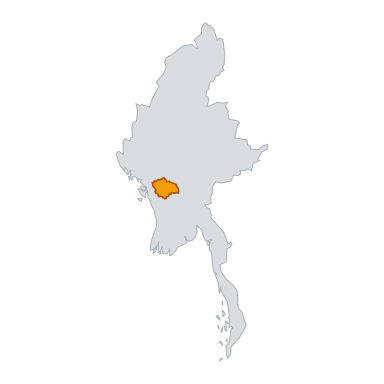 Thayet, Magway, Myanmar shown in context
{"feature_id": "60261553B17186200244276", "entity_name": "Thayet", "entity_type": "district", "adm_level": 2, "iso_a3": "MMR", "parent_name": "Myanmar", "parent_adm1": "Magway", "projection": "orthographic", "projection_center": [95.047, 19.416], "detail": "fine", "context": "in_parent", "style": "filled", "palette": "amber", "viewbox_px": 384, "rotation_deg": 0, "n_neighbors": 0, "source": "geoboundaries", "source_scale": "gbopen_adm2", "svg_char_len": 7614}
<svg xmlns="http://www.w3.org/2000/svg" viewBox="0 0 384 384"><path d="M251.4,170.7L247.4,168.9L244.5,170.7L240.1,170.2L240.6,174.0L238.1,175.4L233.6,175.1L231.1,181.1L221.8,182.9L215.6,181.9L212.3,187.2L212.2,193.2L210.6,196.9L211.3,203.1L207.4,204.8L204.9,204.5L206.3,207.4L209.5,208.6L211.4,215.0L210.9,217.5L223.8,232.3L227.9,244.0L230.9,242.3L231.9,243.5L230.7,246.6L226.8,249.1L226.4,261.5L220.0,264.6L220.3,268.7L221.1,271.7L226.9,279.8L233.4,285.3L237.1,291.3L237.9,300.0L237.1,303.7L238.9,308.9L242.2,312.3L246.2,326.1L238.8,338.5L231.2,346.6L230.3,355.1L227.8,358.0L226.6,355.4L225.9,346.5L229.6,340.8L230.7,329.9L233.0,327.5L231.7,326.5L228.8,327.3L229.7,318.4L228.0,318.1L229.4,316.2L227.3,301.5L221.3,291.3L220.5,286.8L219.7,292.9L219.0,291.7L218.7,283.6L215.2,274.7L215.5,273.9L217.1,274.7L215.6,272.7L214.5,273.2L213.4,271.0L211.4,252.5L209.2,249.9L209.9,242.0L211.5,239.9L205.4,240.8L202.5,234.1L202.2,230.4L196.1,225.0L197.1,226.7L196.1,228.6L197.2,231.7L194.7,237.5L192.3,240.2L188.9,241.3L186.3,239.7L185.7,236.6L184.7,236.6L187.1,242.5L177.3,247.5L175.8,251.0L170.7,255.7L169.2,255.1L170.0,248.8L167.0,253.8L162.9,253.9L162.0,247.3L160.4,251.1L158.0,252.4L158.7,241.3L158.1,244.5L154.1,248.9L150.3,250.3L151.2,241.2L156.3,226.8L156.8,222.0L154.1,210.5L149.6,200.8L150.9,200.7L147.9,197.9L147.5,190.7L145.7,193.3L145.5,197.7L141.6,195.4L138.0,189.1L139.5,188.6L143.7,191.6L146.1,189.9L146.7,187.9L140.1,181.7L141.8,179.3L139.6,179.3L134.0,176.3L132.4,176.8L133.1,179.4L131.9,180.2L129.7,176.2L131.4,174.3L130.0,174.2L130.9,170.7L130.4,170.1L127.7,174.7L126.2,173.6L127.9,171.3L127.2,170.0L124.8,167.2L125.0,172.1L119.3,164.3L116.1,153.8L118.7,151.2L123.2,154.3L123.0,141.4L124.9,138.7L129.6,141.0L130.9,137.8L132.8,136.9L131.7,128.1L133.2,122.4L136.3,121.4L137.0,116.8L137.5,110.6L136.1,103.6L138.9,105.3L142.0,104.7L149.4,107.1L152.2,99.1L159.1,85.9L156.6,82.9L157.0,81.0L163.1,74.1L166.1,67.9L164.8,62.4L166.1,57.8L171.5,55.0L183.3,45.8L192.0,44.4L195.7,48.0L198.1,48.3L194.3,39.8L201.6,33.4L201.3,28.3L204.6,23.0L206.6,23.2L208.4,25.8L210.3,25.7L213.8,29.5L217.3,40.1L219.7,38.2L222.9,39.6L224.8,55.4L224.2,64.6L222.3,66.8L223.9,70.5L220.8,71.9L218.7,75.6L215.6,76.0L213.6,81.1L210.4,81.8L208.8,85.8L209.2,88.8L206.7,90.6L205.9,95.7L208.2,97.7L209.0,100.4L206.7,106.2L208.7,106.4L217.4,102.4L223.6,103.1L227.7,102.0L225.2,106.0L227.9,111.1L228.6,118.9L238.0,120.9L239.5,122.9L237.5,125.4L234.7,138.2L246.9,139.6L247.5,144.5L250.2,146.2L250.6,149.0L252.3,149.8L258.9,149.4L262.6,145.9L267.6,144.3L267.9,147.1L266.9,149.2L261.5,152.2L258.0,158.2L257.8,159.5L259.6,160.6L253.3,163.1L251.4,170.7ZM141.9,185.7L145.8,188.1L145.0,189.9L142.5,190.0L140.6,186.9L141.9,185.7ZM222.8,310.4L225.4,314.0L222.9,316.6L222.8,310.4ZM141.3,201.6L139.2,200.3L137.8,198.3L142.3,198.3L141.3,201.6ZM226.7,326.1L226.9,330.9L225.2,330.4L224.1,326.4L226.7,326.1ZM156.3,250.3L153.6,253.4L153.2,250.7L156.9,246.9L156.3,250.3ZM209.0,245.7L207.3,244.8L207.1,241.9L208.3,241.1L209.4,242.5L209.0,245.7ZM221.4,332.1L221.0,330.5L222.7,326.6L222.5,330.0L221.4,332.1ZM220.5,341.1L222.8,344.7L222.5,345.4L220.3,342.6L219.0,342.8L220.5,341.1ZM228.2,323.3L225.8,324.4L225.6,321.1L228.2,323.3ZM222.9,357.8L219.9,361.0L220.2,359.2L222.9,357.8ZM129.0,176.7L130.0,180.7L128.2,176.0L129.0,176.7ZM222.7,302.8L222.7,305.7L221.8,300.9L222.7,302.8ZM138.1,179.6L138.4,182.1L136.7,178.5L138.1,179.6ZM219.8,320.0L218.0,318.5L218.6,317.4L219.5,317.7L219.8,320.0ZM218.5,315.7L217.4,317.7L216.2,316.5L217.1,315.6L218.5,315.7ZM218.9,327.5L218.9,329.3L217.6,325.3L218.9,327.5ZM160.5,253.9L159.2,253.8L160.9,251.8L161.1,252.6L160.5,253.9ZM227.2,341.3L226.1,341.0L226.9,339.1L227.2,341.3Z" fill="#d9dde1" stroke="#a8b0b8" stroke-width="1"/><path d="M177.6,187.6L177.4,187.5L177.3,187.4L177.2,187.3L177.0,187.2L176.9,187.0L176.6,186.5L176.5,186.4L176.7,186.2L176.5,185.9L176.3,185.7L176.6,185.4L176.4,185.2L176.5,185.1L176.4,184.7L176.2,184.5L175.8,184.4L175.7,184.3L175.6,184.2L175.4,184.2L175.4,184.3L175.2,184.1L175.2,183.9L174.6,183.8L174.4,183.5L174.4,183.3L174.3,183.5L174.0,183.6L173.8,183.4L173.7,183.4L173.6,183.5L173.3,183.3L173.2,183.4L172.8,183.4L172.7,183.5L172.0,183.0L171.6,182.7L171.0,182.3L170.5,182.1L169.6,182.0L169.3,181.8L169.2,181.2L168.8,181.3L168.4,181.5L167.5,181.7L167.1,181.8L166.7,181.7L166.7,181.4L166.5,180.6L166.2,180.2L166.1,179.9L165.6,179.6L165.4,179.5L164.8,179.5L164.7,179.4L164.6,179.1L164.9,178.6L164.9,178.4L164.6,178.1L164.3,178.0L164.1,177.9L163.8,177.9L163.8,178.0L163.6,178.1L163.4,178.0L163.2,178.2L162.9,178.0L162.6,178.1L162.4,178.4L162.2,178.6L162.0,178.8L161.9,178.8L161.8,178.7L161.6,178.9L161.4,179.0L161.5,179.1L161.1,179.2L161.1,179.4L161.0,179.6L160.9,179.9L160.6,179.9L160.6,179.7L160.3,179.6L160.1,179.5L159.8,179.8L159.4,179.9L159.2,179.9L158.8,180.0L158.7,179.9L158.4,179.6L158.1,179.5L157.8,179.7L157.9,179.9L157.8,180.0L157.5,180.1L157.2,180.4L157.0,180.5L156.9,180.8L156.6,181.0L156.5,180.9L156.4,181.1L156.1,180.9L155.8,180.8L155.7,180.9L155.6,180.7L155.5,180.8L155.3,180.8L155.2,180.8L155.2,181.0L154.8,181.1L154.7,181.2L154.4,181.1L154.1,181.3L154.1,181.5L154.3,181.9L153.9,181.9L153.8,182.1L153.7,182.2L153.7,182.3L153.4,182.5L152.9,182.6L152.8,182.8L152.8,183.0L152.5,182.9L152.3,182.8L152.3,183.0L152.5,183.5L152.6,183.8L152.5,184.1L152.6,184.3L152.6,184.5L152.8,184.7L152.7,185.0L152.8,185.3L152.7,185.4L152.7,185.5L152.7,185.8L153.0,186.1L153.2,186.3L153.2,186.5L153.4,186.7L153.5,186.8L153.7,187.0L153.9,187.0L154.2,187.2L154.2,187.4L154.2,187.6L154.4,188.0L154.6,188.1L154.8,188.3L154.8,188.5L155.1,188.6L155.3,188.8L155.3,189.0L155.5,189.3L155.6,189.6L155.8,189.8L155.9,190.1L155.8,190.4L155.9,190.7L155.6,190.7L155.5,190.8L155.1,190.9L155.0,191.1L155.0,191.5L155.1,191.8L155.3,191.9L155.2,192.0L155.4,192.4L155.4,192.6L155.6,192.7L155.7,192.9L155.9,193.3L156.1,193.3L156.3,193.4L156.5,193.3L156.5,193.1L156.8,193.1L156.9,193.3L157.1,193.6L157.3,193.8L157.5,194.0L157.8,194.3L158.0,194.4L158.0,194.6L158.2,195.0L158.5,195.3L158.5,195.5L158.4,195.7L158.2,195.7L158.2,195.8L158.3,196.0L158.4,196.3L158.6,196.5L158.9,196.5L159.0,196.6L159.3,196.7L159.5,196.4L159.8,196.3L160.0,196.5L160.3,196.5L160.5,196.5L160.8,196.4L161.0,196.4L161.4,196.4L161.5,196.5L161.8,196.7L162.0,196.7L162.0,196.8L162.2,197.0L162.4,197.1L162.5,197.1L162.7,197.3L162.7,197.2L162.8,197.1L163.0,197.1L163.4,197.2L163.7,197.4L163.8,197.5L164.0,197.6L164.3,197.9L164.4,198.4L164.6,198.6L164.8,198.9L164.9,199.0L165.2,198.8L165.2,198.7L165.3,198.6L165.5,198.4L165.5,198.5L165.9,198.5L166.0,198.3L166.3,198.4L166.5,198.1L166.4,197.7L166.5,197.6L166.4,197.2L166.5,197.2L166.7,196.9L166.8,196.8L167.0,196.7L167.6,196.6L167.8,196.3L167.9,196.2L168.3,196.0L168.6,196.1L168.8,196.0L168.8,195.9L168.8,195.6L168.7,195.3L168.6,195.0L168.6,194.9L168.6,194.7L168.9,194.5L169.1,194.4L169.4,194.2L169.6,194.1L169.9,194.2L170.1,194.4L170.4,194.1L170.5,194.1L170.4,194.0L170.5,193.8L170.7,193.5L170.7,193.4L170.9,193.3L171.0,193.3L171.0,193.2L171.2,192.9L171.3,192.7L171.5,192.6L171.8,192.7L171.9,192.8L172.0,192.9L172.3,192.7L172.7,192.6L173.0,192.7L173.3,192.8L173.4,193.0L173.6,192.8L173.8,192.8L174.1,192.8L174.2,193.0L174.5,193.2L174.9,193.0L175.0,192.9L175.5,193.0L175.6,192.9L175.7,192.7L175.8,192.6L176.0,192.5L176.5,192.5L176.8,192.6L176.9,192.8L177.1,192.9L177.3,192.8L177.5,192.9L177.8,193.1L178.2,193.1L178.1,192.7L178.1,192.3L178.2,192.2L178.3,191.9L178.5,191.8L178.5,191.5L178.6,191.4L178.7,191.2L178.5,190.8L178.7,190.6L178.7,190.4L178.6,190.0L178.4,189.6L178.2,189.4L177.9,188.9L178.1,188.7L177.9,188.5L177.9,188.3L177.9,188.1L177.6,187.7L177.6,187.6Z" fill="#f59e0b" stroke="#b45309" stroke-width="1.5"/></svg>